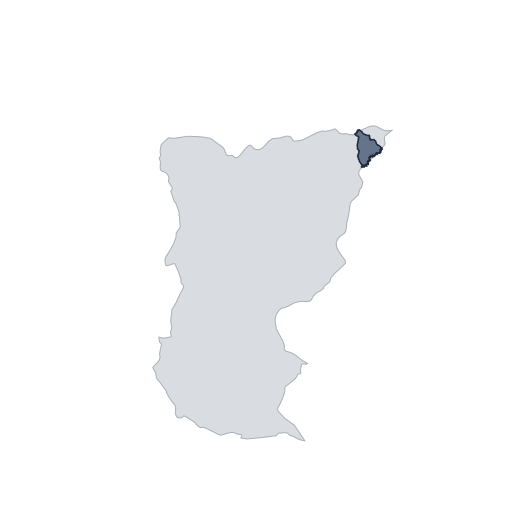 Obo, Haut-Mbomou, Central African Republic (highlighted), rotated 302°
{"feature_id": "33826404B40761150188578", "entity_name": "Obo", "entity_type": "district", "adm_level": 2, "iso_a3": "CAF", "parent_name": "Central African Republic", "parent_adm1": "Haut-Mbomou", "projection": "natural_earth1", "projection_center": [26.309, 5.539], "detail": "fine", "context": "in_parent", "style": "filled", "palette": "slate", "viewbox_px": 512, "rotation_deg": 302, "n_neighbors": 0, "source": "geoboundaries", "source_scale": "gbopen_adm2", "svg_char_len": 8413}
<svg xmlns="http://www.w3.org/2000/svg" viewBox="0 0 512 512"><g transform="rotate(302 256 256)"><path d="M342.3,190.3L346.3,191.5L347.1,193.0L345.9,197.7L346.7,200.6L349.0,203.1L351.3,204.2L353.5,204.8L361.2,206.3L364.4,208.0L368.7,213.5L374.0,218.5L375.3,221.2L375.0,223.6L373.4,226.6L373.7,227.8L376.1,230.7L378.9,233.7L384.0,237.0L392.9,242.3L397.0,245.8L398.3,248.4L400.6,251.3L403.8,254.0L405.9,256.0L404.4,261.7L404.9,263.6L405.7,265.3L407.5,267.5L408.3,270.4L410.1,274.1L412.3,275.7L415.9,276.3L417.9,278.0L421.9,280.9L425.8,283.4L427.4,285.1L428.5,286.6L429.4,288.4L429.8,290.2L429.9,294.1L430.6,298.9L432.6,302.2L434.6,304.7L426.7,301.9L425.5,301.8L424.1,302.3L419.9,305.8L418.6,306.2L413.4,305.5L400.7,302.7L391.0,300.1L388.1,299.1L382.9,298.2L379.4,300.0L376.2,306.2L375.3,307.4L370.2,309.2L367.8,308.7L361.9,310.4L352.9,307.9L349.7,308.4L347.1,309.7L340.6,312.5L336.7,314.0L332.1,315.5L327.7,317.7L324.8,318.9L321.9,318.9L319.3,317.7L316.5,316.6L313.1,316.4L309.5,317.0L306.5,319.5L305.3,321.2L302.7,325.9L299.6,333.5L298.4,335.0L297.3,335.8L283.2,332.0L277.1,331.1L273.0,332.3L267.8,330.2L265.5,329.8L264.5,330.5L261.6,329.5L256.9,326.9L252.5,325.8L248.4,326.2L246.0,325.3L244.0,322.8L241.5,318.2L236.9,313.6L230.7,310.0L226.9,307.2L225.3,305.3L222.0,304.3L216.9,304.1L212.0,305.9L205.0,311.7L198.4,323.4L194.8,327.9L191.9,329.1L191.1,331.9L192.5,336.4L192.9,341.6L191.9,350.4L192.2,356.7L190.7,355.7L189.2,352.7L188.5,352.1L184.2,353.5L182.0,354.7L180.8,355.9L179.8,356.1L178.5,354.4L177.4,354.1L175.7,354.4L174.0,354.4L172.9,354.2L172.1,354.3L170.1,353.4L162.7,350.9L161.4,350.1L159.9,350.2L156.1,352.3L154.0,352.9L147.9,354.2L141.4,354.9L138.8,354.9L137.1,355.9L136.0,357.2L133.9,365.3L133.4,366.7L133.5,368.8L132.9,375.3L133.1,377.4L125.2,395.3L123.9,392.3L123.1,388.8L122.8,384.8L123.0,383.7L122.5,382.5L121.9,379.3L122.5,377.1L122.0,374.9L120.5,372.8L119.1,371.1L118.3,369.6L117.6,369.0L116.1,368.7L114.0,368.0L105.3,357.4L96.3,345.6L94.5,341.8L93.7,339.6L96.0,339.3L96.5,338.9L96.6,337.9L95.2,334.9L94.6,331.0L93.4,328.7L89.9,325.0L86.5,322.3L85.4,320.9L84.8,318.9L83.6,306.1L83.0,302.5L82.0,300.9L81.2,300.2L80.9,299.3L81.1,297.0L81.5,294.9L81.5,294.2L82.4,292.4L82.5,280.6L81.4,278.9L79.4,278.9L78.3,277.2L77.4,275.0L77.7,273.5L79.7,271.1L81.0,270.2L84.8,268.3L85.9,267.3L86.6,266.2L87.1,264.6L89.4,258.5L92.7,252.5L94.2,251.2L97.6,242.3L98.4,240.0L99.0,237.8L100.1,235.9L103.7,232.9L106.6,227.6L109.6,227.9L112.6,228.7L116.6,229.2L119.7,228.1L121.7,226.1L131.3,222.5L132.0,219.7L133.6,218.2L135.3,216.9L135.9,216.7L136.1,217.7L137.1,220.6L139.3,223.5L142.5,226.8L143.4,226.5L145.4,224.1L150.4,222.6L151.6,221.9L155.2,218.4L159.5,216.1L162.0,215.3L166.3,212.9L169.4,213.2L174.3,212.9L182.5,211.8L188.5,211.4L191.5,210.9L192.2,210.5L193.4,207.1L194.3,206.1L196.6,204.6L200.9,199.5L203.8,195.1L204.7,193.6L205.3,193.3L206.5,191.5L205.3,189.6L200.5,185.7L200.5,185.2L200.3,184.5L200.5,184.0L202.4,182.4L204.9,180.6L207.6,180.0L214.6,180.1L220.6,179.7L222.0,179.8L226.6,178.9L229.8,178.1L233.1,176.2L240.5,176.4L246.7,171.7L248.5,170.8L249.3,170.1L249.5,169.4L252.4,167.5L255.6,163.6L258.2,160.2L258.9,157.7L265.9,149.3L268.4,149.5L269.6,148.5L272.4,142.9L273.2,141.9L276.1,140.9L277.5,139.3L278.7,136.8L278.7,133.8L278.2,131.3L278.2,130.2L278.8,129.1L280.0,128.0L285.3,125.0L286.6,123.5L287.4,122.2L288.9,122.0L290.5,122.1L291.6,121.3L292.7,120.0L296.4,118.1L299.8,116.7L303.4,117.3L309.9,119.1L311.8,123.1L312.7,124.5L320.7,133.9L322.2,136.1L326.2,143.0L328.6,147.6L331.3,154.2L331.6,157.8L331.2,160.9L330.7,169.6L329.9,172.1L326.4,176.8L326.2,178.9L327.0,180.7L328.0,181.4L328.7,182.3L328.3,186.4L329.5,188.0L332.2,189.0L338.8,189.7L342.3,190.3Z" fill="#d9dde1" stroke="#a8b0b8" stroke-width="1"/><path d="M417.8,276.9L417.5,276.3L416.8,275.7L416.6,275.6L416.5,276.1L416.1,276.3L415.7,276.1L415.4,275.7L415.1,275.7L414.8,275.8L414.3,276.3L414.2,276.4L413.9,276.2L413.7,275.9L413.3,275.9L413.1,275.9L412.7,275.3L412.4,275.2L412.1,275.3L411.6,275.4L411.2,277.6L411.4,278.4L411.7,279.1L411.1,280.3L410.3,280.4L408.2,281.4L407.4,281.6L406.5,282.1L405.7,282.3L405.1,282.6L404.3,282.8L402.9,283.6L401.7,284.7L400.5,285.3L400.5,285.8L399.8,287.8L399.1,287.8L398.8,288.2L397.9,288.6L397.2,288.5L396.6,288.9L396.2,288.8L395.6,289.1L394.7,289.2L394.2,289.5L394.2,290.0L393.4,291.0L392.9,291.1L392.6,291.3L392.5,292.0L391.8,292.9L391.4,293.4L390.9,293.6L390.7,294.4L390.5,294.9L390.0,295.6L389.8,296.5L389.4,297.1L389.5,297.3L389.7,297.6L389.6,297.9L389.4,298.0L388.8,298.0L388.0,298.4L387.4,298.2L387.3,298.4L387.4,298.5L387.9,298.5L388.0,298.8L387.9,299.0L388.1,299.4L388.1,299.5L388.3,299.6L388.5,299.6L388.7,299.8L388.8,300.0L388.7,300.3L388.8,300.5L388.9,300.4L389.1,300.4L389.4,300.3L389.5,300.1L389.9,299.9L389.7,299.7L389.6,299.8L389.5,299.6L389.9,299.3L390.0,299.3L390.2,299.6L390.2,299.8L390.3,300.0L390.1,300.2L389.9,300.4L389.9,300.5L390.1,300.5L390.6,300.1L390.9,300.2L390.7,300.4L390.7,300.8L390.4,301.1L390.6,301.2L390.8,301.1L390.8,301.3L390.9,301.6L390.9,301.8L391.1,301.7L391.2,302.1L391.3,302.0L391.3,301.9L391.5,301.8L391.5,301.4L391.6,301.2L391.9,301.0L392.1,301.0L392.4,301.1L392.6,301.0L392.7,301.3L392.5,301.5L392.8,301.7L393.0,301.7L393.0,301.9L393.1,302.4L393.1,302.7L393.2,302.8L393.4,302.7L393.6,302.5L393.5,302.2L393.3,302.0L393.3,301.6L393.5,301.6L393.7,301.8L393.8,301.8L394.0,301.5L394.5,301.7L394.7,301.9L394.9,301.8L394.8,301.7L394.7,301.6L394.8,301.5L394.8,301.3L394.9,301.0L394.9,300.8L395.0,300.7L395.2,300.3L395.4,300.3L395.5,300.9L395.6,301.0L395.7,300.9L395.8,300.6L396.1,300.6L396.2,300.9L396.1,301.0L396.1,301.4L396.2,301.5L396.2,301.4L396.4,301.5L396.6,301.4L396.9,301.5L397.0,301.3L397.2,301.0L397.3,301.0L397.3,301.3L397.2,301.5L397.6,302.0L397.7,301.7L397.8,301.5L397.7,301.3L397.8,301.2L398.0,301.1L398.3,301.2L398.3,301.3L398.4,301.5L398.5,301.4L398.5,301.1L398.6,300.7L398.3,300.6L398.4,300.4L398.8,300.3L398.9,300.7L399.1,300.6L399.1,300.3L399.3,300.3L399.5,300.0L399.5,299.7L399.9,299.9L400.3,299.8L400.4,300.0L400.2,300.2L400.2,300.5L400.3,300.6L400.5,300.6L400.8,300.4L401.0,300.3L401.0,300.7L401.2,300.8L401.0,301.0L401.2,300.9L401.3,300.8L401.3,300.6L401.4,300.4L401.4,300.5L401.5,300.4L401.5,300.5L401.6,300.4L401.7,300.6L401.7,300.8L401.7,301.0L402.0,301.2L401.6,301.3L401.8,301.4L401.8,301.7L401.8,302.0L402.0,301.9L401.9,301.7L402.0,301.4L402.2,301.5L402.3,301.4L402.4,301.5L402.3,301.9L402.4,302.0L402.5,302.1L402.7,301.7L402.8,301.7L402.9,302.1L403.0,302.0L402.9,302.4L402.8,302.5L403.2,302.5L403.4,302.6L403.6,302.5L403.8,302.7L403.8,302.8L403.7,302.8L403.6,303.0L404.0,303.0L404.2,303.3L404.1,303.5L404.5,303.4L404.4,303.3L404.4,303.2L404.5,303.2L404.6,303.3L404.7,303.6L404.9,303.7L404.9,303.3L405.2,303.3L405.3,303.5L405.5,303.3L405.6,303.1L405.6,303.3L405.8,303.4L405.8,303.6L406.1,303.6L406.4,303.5L406.4,303.4L406.6,303.3L406.7,303.5L406.8,303.7L406.6,304.0L406.8,304.0L406.8,304.3L407.0,304.0L407.0,303.9L407.3,303.8L407.3,304.1L407.2,304.1L407.3,304.2L407.5,304.1L407.5,304.4L407.4,304.5L407.6,304.5L407.8,304.6L407.9,304.4L408.0,304.5L408.1,304.8L407.9,305.0L408.0,305.2L408.3,305.0L408.4,305.4L408.5,305.5L408.5,305.8L408.4,305.7L408.3,305.8L408.4,306.0L408.6,306.2L408.8,306.2L409.0,306.2L409.1,306.4L409.1,306.6L409.3,306.7L409.4,306.3L409.5,306.3L409.7,306.7L410.0,306.6L410.0,306.4L410.1,306.6L410.3,306.7L410.3,306.4L410.5,306.2L410.6,305.9L410.8,306.0L410.8,306.4L410.7,306.6L410.8,306.4L410.9,306.2L411.1,306.2L410.9,306.0L411.2,305.8L411.1,305.7L411.3,305.7L411.3,306.0L411.5,306.1L411.6,305.9L411.7,305.7L411.7,305.4L411.8,305.5L412.0,305.6L411.9,305.4L412.0,305.3L412.2,305.5L412.3,305.7L412.5,305.5L412.5,305.4L412.8,305.3L412.8,305.2L413.0,305.3L412.8,305.5L413.1,305.6L413.1,305.8L413.1,306.0L413.1,305.9L413.2,306.0L413.3,306.0L413.3,305.9L413.2,305.6L413.2,305.4L413.5,305.5L413.5,305.4L413.5,305.2L413.7,305.3L413.7,305.5L413.8,305.4L413.9,305.7L414.0,305.5L414.3,305.6L414.5,305.4L414.2,304.5L414.6,303.6L414.6,302.8L414.8,301.8L414.9,301.2L414.4,300.5L414.7,300.1L414.8,299.3L415.0,298.7L416.7,296.7L417.2,294.4L417.0,293.8L416.2,293.2L415.9,292.8L415.8,292.4L415.1,291.8L414.9,291.3L415.1,290.9L416.1,290.2L416.2,290.3L416.3,289.6L416.6,289.4L417.0,289.3L417.2,289.0L417.6,289.0L417.9,288.8L418.2,288.4L418.3,287.9L418.0,287.6L417.6,287.3L417.3,286.7L417.0,285.1L416.5,282.6L416.7,281.4L417.5,280.0L417.5,279.3L417.4,278.7L417.5,278.0L417.8,276.9Z" fill="#64748b" stroke="#1e293b" stroke-width="1.5"/></g></svg>